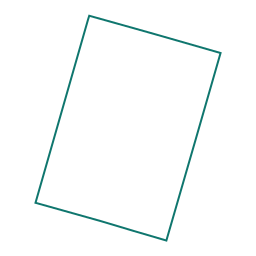 Hodgeman, Kansas, United States of America, rotated 286°
{"feature_id": "52423323B97226868441645", "entity_name": "Hodgeman", "entity_type": "district", "adm_level": 2, "iso_a3": "USA", "parent_name": "United States of America", "parent_adm1": "Kansas", "projection": "equal_earth", "projection_center": [-99.838, 38.088], "detail": "fine", "context": "isolated", "style": "outline", "palette": "teal", "viewbox_px": 256, "rotation_deg": 286, "n_neighbors": 0, "source": "geoboundaries", "source_scale": "gbopen_adm2", "svg_char_len": 290}
<svg xmlns="http://www.w3.org/2000/svg" viewBox="0 0 256 256"><g transform="rotate(286 128 128)"><path d="M225.6,128.1L225.4,88.2L225.2,59.8L221.2,59.7L30.6,59.7L31.0,127.7L30.6,161.8L30.4,195.9L135.3,196.2L225.6,196.3L225.6,128.1Z" fill="none" stroke="#0f766e" stroke-width="2"/></g></svg>